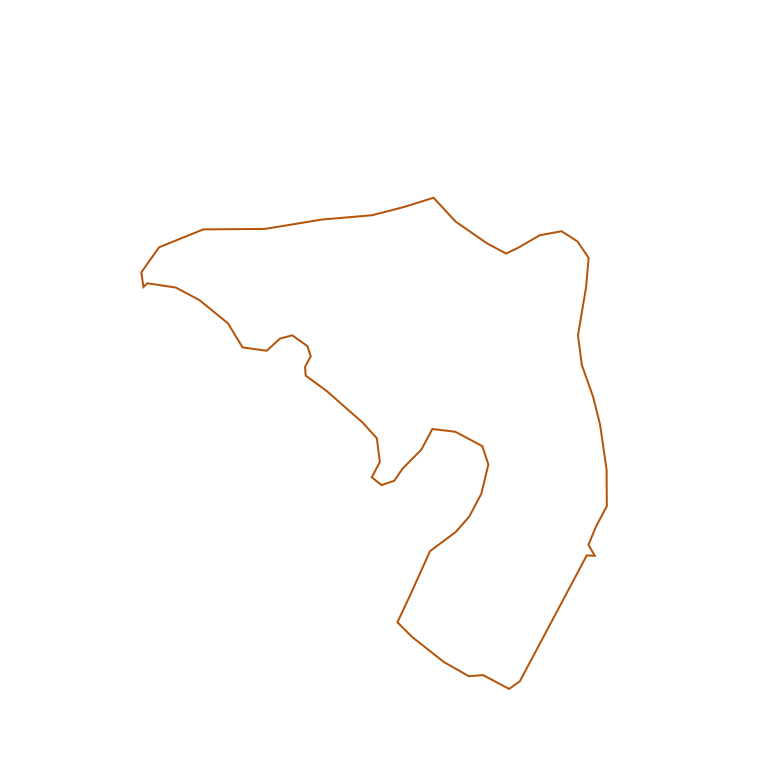 outline of Sopište, rotated 118°
{"feature_id": "MKD-2909", "entity_name": "Sopište", "entity_type": "Statistical Region", "adm_level": 1, "iso_a3": "MKD", "parent_name": "North Macedonia", "parent_adm1": "", "projection": "natural_earth1", "projection_center": [21.335, 41.836], "detail": "fine", "context": "isolated", "style": "outline", "palette": "amber", "viewbox_px": 768, "rotation_deg": 118, "n_neighbors": 0, "source": "natural_earth", "source_scale": "10m", "svg_char_len": 1042}
<svg xmlns="http://www.w3.org/2000/svg" viewBox="0 0 768 768"><g transform="rotate(118 384 384)"><path d="M198.2,429.6L196.3,427.7L207.0,397.0L211.5,358.5L211.5,337.4L201.0,329.7L179.5,316.3L165.8,299.0L166.8,285.6L167.4,279.8L176.6,262.5L204.0,250.9L249.9,235.6L274.3,218.3L297.2,193.3L318.5,174.1L355.2,147.2L387.3,129.9L410.1,129.9L430.0,128.0L436.7,117.3L440.2,124.5L484.5,124.5L524.4,124.5L559.4,124.5L566.4,124.5L582.8,124.5L594.5,130.4L594.5,142.2L594.5,159.8L602.2,171.9L601.4,200.3L594.2,240.3L588.1,260.3L557.5,261.8L510.0,264.9L480.7,251.1L461.1,246.5L435.3,246.5L406.0,254.1L392.7,268.0L392.7,298.7L401.1,320.2L424.4,320.2L450.0,327.9L464.6,329.5L474.4,338.7L472.1,351.0L454.9,351.0L435.3,364.8L428.1,384.8L417.2,430.9L413.4,457.1L406.0,461.7L393.9,461.7L386.5,469.4L384.1,487.9L392.7,497.1L409.7,503.2L418.1,526.1L403.7,550.2L396.6,586.2L396.6,613.2L406.2,640.3L411.3,641.9L399.4,650.7L368.9,646.8L332.3,616.1L303.2,562.3L268.0,516.1L240.6,473.8L217.8,448.9L198.2,429.6Z" fill="none" stroke="#b45309" stroke-width="2"/></g></svg>